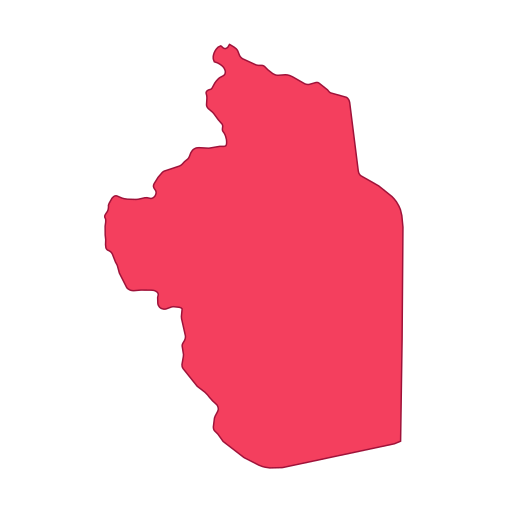 Ar Riyad, Albers equal-area conic projection, rotated 355°
{"feature_id": "SAU-1097", "entity_name": "Ar Riyad", "entity_type": "Region", "adm_level": 1, "iso_a3": "SAU", "parent_name": "Saudi Arabia", "parent_adm1": "", "projection": "albers", "projection_center": [44.266, 23.395], "detail": "fine", "context": "isolated", "style": "filled", "palette": "rose", "viewbox_px": 512, "rotation_deg": 355, "n_neighbors": 0, "source": "natural_earth", "source_scale": "10m", "svg_char_len": 3682}
<svg xmlns="http://www.w3.org/2000/svg" viewBox="0 0 512 512"><g transform="rotate(355 256 256)"><path d="M233.7,144.0L234.7,143.9L235.6,143.5L236.1,142.7L236.4,141.8L236.6,140.7L236.7,139.2L236.7,137.4L236.2,134.3L235.7,132.5L235.1,131.0L233.8,128.7L233.5,127.5L233.7,126.0L234.2,123.6L233.9,122.0L233.8,121.8L230.3,117.0L226.2,110.2L225.1,108.8L221.4,105.1L220.7,104.1L220.2,103.1L219.9,102.0L219.9,100.9L220.9,94.2L220.9,92.0L220.5,89.6L220.6,88.5L221.5,87.3L222.5,86.7L223.6,86.3L225.4,86.0L226.0,85.7L226.8,85.0L230.1,80.0L231.8,78.1L233.9,76.2L235.0,75.4L236.2,74.8L238.4,73.9L239.4,73.4L240.4,72.7L241.0,71.8L241.3,71.0L241.4,70.3L241.5,70.2L241.5,69.4L241.4,68.5L241.1,67.5L240.7,66.4L240.1,65.2L239.3,64.2L238.4,63.2L236.5,61.6L234.4,60.2L231.4,58.9L231.2,58.2L230.7,56.4L230.6,55.4L230.7,54.3L230.8,53.3L231.3,51.7L232.0,50.0L233.2,48.0L234.4,46.5L235.9,45.1L236.5,44.6L239.2,43.6L240.1,44.3L240.3,44.6L241.1,45.5L241.9,46.2L242.9,46.6L243.9,46.7L245.1,46.2L246.1,45.6L248.0,42.9L248.4,43.1L252.4,46.0L254.3,47.8L255.1,48.9L255.7,50.1L257.0,54.5L257.6,55.9L258.7,57.3L259.8,58.3L272.8,65.7L274.9,66.3L278.3,66.6L279.3,66.8L280.3,67.3L281.2,68.1L284.1,71.6L288.5,75.7L290.6,77.0L291.6,77.5L293.5,77.9L301.1,78.0L303.2,78.4L305.2,79.1L308.1,80.7L319.6,88.7L320.7,89.2L321.8,89.5L322.9,89.7L323.9,89.7L330.8,88.4L331.9,88.4L333.0,88.7L334.0,89.4L341.7,96.7L343.0,98.6L343.8,99.5L344.8,100.1L359.7,105.7L360.3,106.1L361.0,106.8L361.6,107.7L362.1,108.6L362.4,109.6L362.7,111.2L365.3,180.3L365.7,182.6L366.1,183.3L366.7,184.4L367.6,185.3L384.4,196.9L396.6,208.6L398.5,211.0L400.6,214.2L402.7,218.7L403.9,222.3L404.8,228.5L404.9,240.1L394.3,351.5L383.9,453.1L377.6,455.1L263.9,469.1L251.3,468.3L246.7,467.2L244.1,466.3L240.6,464.6L227.0,456.1L226.2,455.5L207.1,437.9L202.5,430.1L199.7,426.8L198.9,425.5L198.6,423.9L198.6,422.6L200.5,413.8L201.4,411.9L204.3,407.4L204.7,406.5L205.1,405.4L205.1,405.2L205.1,404.2L205.0,403.3L204.7,402.2L204.1,400.9L200.1,396.5L197.3,392.7L195.7,390.2L193.1,387.1L186.1,380.7L173.6,361.9L173.1,360.8L172.8,359.8L172.8,358.7L172.8,357.6L174.8,350.1L175.2,347.9L174.6,339.3L174.7,338.3L175.1,337.3L175.7,336.3L177.1,334.4L177.7,333.4L178.2,332.4L178.5,331.3L178.7,330.2L178.7,329.2L176.4,312.0L176.4,309.8L177.8,302.3L177.7,302.1L177.0,301.3L176.1,300.8L175.1,300.4L169.5,299.3L168.4,299.3L167.4,299.4L161.8,300.9L160.6,301.0L159.5,300.9L157.5,300.2L156.4,299.5L155.4,298.5L154.4,296.6L154.1,295.3L154.1,294.1L154.4,288.8L155.1,286.6L155.3,285.6L155.1,284.6L154.5,283.5L153.2,282.4L152.0,281.7L150.9,281.3L148.7,280.9L138.4,279.9L131.1,279.9L129.4,279.6L128.4,279.3L127.3,278.8L126.3,278.1L125.4,277.4L124.7,276.6L124.3,275.8L118.4,261.1L117.1,253.8L116.7,252.5L115.5,249.8L113.1,241.6L112.3,240.0L111.3,238.9L110.3,238.1L108.6,237.1L108.1,236.6L107.6,235.8L107.2,234.8L107.1,231.6L107.7,226.7L107.6,221.9L108.3,213.1L109.2,209.2L109.4,207.3L109.4,206.1L108.8,204.4L108.7,204.0L108.8,203.2L109.0,202.4L109.8,201.2L112.0,198.4L112.1,198.2L112.8,196.7L113.3,194.4L113.4,192.6L114.3,190.7L117.5,186.0L118.1,185.4L119.4,184.4L120.5,183.9L121.6,183.8L122.6,184.0L127.5,186.6L129.6,187.4L132.9,188.2L141.3,189.2L143.6,189.2L150.3,188.3L152.5,188.4L156.1,189.5L157.0,189.5L158.0,189.3L159.1,188.7L160.3,187.8L161.2,186.5L162.0,184.6L162.0,183.2L161.7,182.0L160.5,179.9L160.1,178.8L159.9,177.8L160.1,176.5L160.8,175.1L165.3,169.1L169.8,164.7L170.9,163.9L172.0,163.4L187.6,159.7L189.4,158.9L190.6,158.0L193.1,155.7L196.4,153.5L197.4,152.5L198.3,151.1L200.0,147.6L201.3,145.9L202.0,145.1L202.6,144.6L203.4,144.1L204.3,143.7L205.3,143.3L206.4,143.1L208.6,143.1L218.4,144.5L229.5,143.6L233.7,144.0Z" fill="#f43f5e" stroke="#9f1239" stroke-width="1.5"/></g></svg>